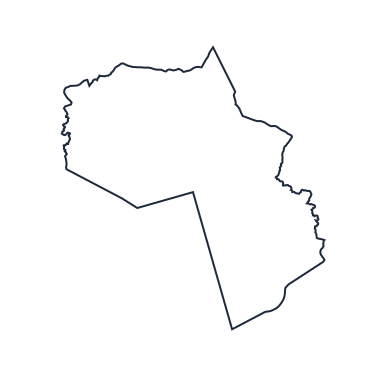 outline of Evinayong, Centro Sur, Equatorial Guinea, rotated 254°
{"feature_id": "11065452B18175278434840", "entity_name": "Evinayong", "entity_type": "district", "adm_level": 2, "iso_a3": "GNQ", "parent_name": "Equatorial Guinea", "parent_adm1": "Centro Sur", "projection": "robinson", "projection_center": [10.451, 1.358], "detail": "fine", "context": "isolated", "style": "outline", "palette": "slate", "viewbox_px": 384, "rotation_deg": 254, "n_neighbors": 0, "source": "geoboundaries", "source_scale": "gbopen_adm2", "svg_char_len": 6026}
<svg xmlns="http://www.w3.org/2000/svg" viewBox="0 0 384 384"><g transform="rotate(254 192 192)"><path d="M248.5,77.6L205.2,122.9L191.7,135.0L191.6,192.9L49.0,192.7L56.6,229.2L55.9,234.6L56.2,237.0L56.8,240.2L57.7,242.9L58.9,244.9L61.4,248.1L63.6,250.3L66.2,252.1L68.8,253.3L71.6,254.3L74.1,255.3L76.6,259.4L88.1,296.9L88.6,298.8L90.2,300.6L92.3,300.1L93.6,299.5L96.8,298.5L99.1,298.8L101.1,300.0L102.3,302.1L103.8,303.6L105.9,303.8L109.3,305.5L109.4,305.8L110.4,304.5L112.5,300.4L113.2,299.4L113.4,299.3L113.9,299.3L116.5,299.8L117.2,299.8L118.0,299.8L119.1,299.4L119.4,299.5L120.2,300.0L121.0,300.3L121.8,300.3L122.1,300.2L122.6,300.0L123.1,300.0L123.8,300.4L125.0,300.8L125.1,301.0L124.8,301.7L124.8,302.2L125.0,302.6L125.4,303.1L125.8,303.3L125.8,303.7L125.9,304.0L126.3,304.4L126.7,304.6L127.1,304.6L127.5,304.5L128.5,304.0L129.4,303.5L130.6,303.2L130.2,303.9L130.1,304.2L130.1,304.5L130.2,304.9L130.4,305.5L130.6,305.7L131.0,305.9L131.6,306.1L132.0,306.0L132.3,305.9L132.6,305.6L133.0,305.8L133.8,306.1L134.2,306.1L134.4,306.0L134.8,305.8L135.0,305.5L135.1,305.2L135.2,304.8L135.1,303.9L135.0,303.0L135.6,303.0L135.9,302.9L136.3,302.5L136.4,302.2L136.4,301.9L136.8,302.1L137.2,302.2L137.8,302.1L138.6,301.7L139.3,302.1L139.7,302.2L140.5,302.3L141.1,302.3L142.0,302.0L142.2,302.9L142.4,303.2L143.3,304.1L143.1,304.7L143.1,305.2L143.3,305.6L143.8,306.1L144.1,306.3L144.6,306.4L145.0,306.3L145.6,305.9L145.8,305.6L146.4,304.7L147.3,303.6L147.5,303.3L147.6,302.9L147.6,302.6L147.5,302.2L148.6,300.9L148.9,300.6L149.3,299.7L149.4,299.4L149.7,299.8L150.4,300.7L150.8,301.0L151.1,301.3L151.1,301.8L151.4,302.3L151.7,302.4L152.2,302.5L152.6,302.6L153.1,302.7L154.0,303.7L155.7,305.4L156.6,306.0L157.1,306.2L157.4,306.2L158.1,306.0L159.8,305.8L160.2,305.6L160.6,305.2L160.9,304.5L161.0,304.0L161.2,303.2L161.8,302.2L162.2,301.8L162.5,301.3L162.6,300.9L162.5,300.4L162.5,300.1L162.2,299.7L161.9,299.5L162.4,299.7L162.8,299.7L163.1,299.5L163.4,299.2L163.6,298.9L163.8,298.5L163.7,298.1L163.6,297.8L163.3,297.5L161.8,296.5L161.8,295.8L161.5,295.3L161.1,294.7L160.8,294.4L161.3,293.4L162.2,291.6L162.5,291.2L163.6,290.5L163.9,290.2L164.2,289.7L164.3,289.2L164.3,288.4L165.0,288.6L165.7,288.5L166.1,288.3L166.6,287.6L167.2,288.2L168.0,288.6L169.1,288.5L169.6,288.4L170.1,288.2L170.3,288.1L170.5,287.8L171.2,286.8L171.7,286.5L172.0,286.3L172.2,286.0L172.4,285.7L172.5,285.2L172.3,284.7L172.5,284.4L172.7,283.7L172.8,282.8L172.8,281.9L172.9,281.7L173.1,281.4L173.4,281.6L173.7,281.7L174.0,281.7L174.5,281.5L174.8,281.8L175.0,281.9L175.6,282.1L176.1,282.1L176.8,281.9L177.1,281.7L177.5,281.2L177.6,280.9L177.9,280.0L178.0,279.6L178.4,279.4L178.8,279.3L179.2,279.2L179.5,279.0L180.1,278.8L180.4,278.6L180.8,278.1L180.8,277.7L180.8,277.3L181.7,277.3L182.1,277.2L182.5,276.9L182.8,276.5L183.2,276.6L183.6,277.9L184.2,279.2L184.4,279.5L185.8,280.6L186.7,281.1L187.4,281.7L187.8,281.8L188.3,281.9L188.5,282.4L188.8,282.7L189.4,283.0L189.7,283.0L190.9,283.0L191.5,283.2L191.7,283.8L191.9,284.2L192.7,285.0L193.1,285.1L194.3,285.0L194.5,285.2L194.9,286.5L195.2,286.8L196.4,287.4L197.4,287.6L198.2,287.7L199.3,288.3L201.4,288.8L203.0,289.0L204.6,289.8L205.4,290.5L206.0,291.2L206.4,291.4L207.2,291.7L208.3,292.3L209.3,292.9L210.2,293.7L210.5,294.2L210.5,294.7L210.7,295.1L212.3,297.1L213.0,298.3L214.4,300.0L217.0,303.0L217.7,303.4L218.1,303.4L219.5,302.6L220.3,301.7L221.0,300.9L221.8,300.0L223.6,298.9L224.3,298.3L227.0,295.1L228.1,294.1L230.8,292.0L231.9,291.0L232.4,290.3L232.5,290.0L233.1,287.8L233.3,286.8L233.6,285.9L234.3,285.1L236.6,282.8L237.9,281.8L238.8,281.0L240.3,279.0L241.4,277.2L242.1,274.3L244.0,271.3L245.8,268.9L251.1,261.7L252.9,261.3L259.3,260.5L263.3,258.8L264.0,258.0L266.2,258.8L270.5,258.8L273.5,258.8L276.6,261.2L325.3,252.1L322.8,249.1L320.9,247.0L317.9,244.9L314.9,241.3L309.2,235.6L310.7,232.0L311.0,229.9L311.0,229.7L310.7,227.4L310.0,225.6L309.6,223.8L309.4,222.3L309.8,220.9L309.8,220.5L309.6,219.2L309.6,218.5L309.8,217.0L310.1,216.6L311.4,215.9L312.6,214.8L314.0,213.1L314.1,212.9L313.8,210.6L313.9,207.8L314.7,206.4L315.4,205.4L316.1,203.5L316.0,202.0L315.4,201.1L315.1,200.4L315.2,199.7L315.9,198.6L318.0,196.2L318.6,194.3L319.2,192.1L320.6,189.3L322.4,186.8L323.8,183.9L324.4,181.4L325.0,179.7L326.1,176.9L326.4,175.7L327.0,173.8L327.7,171.9L328.2,170.2L329.0,168.6L330.3,166.7L331.0,165.3L333.0,163.0L334.4,161.5L335.0,159.6L334.4,158.0L333.7,156.2L333.4,154.6L332.9,153.0L332.0,151.7L330.6,150.3L329.5,148.8L329.2,147.7L328.6,147.0L327.8,146.5L327.3,144.5L326.9,143.7L327.3,142.3L327.3,140.0L328.5,136.7L329.4,135.0L328.4,134.6L328.0,133.9L327.4,132.9L327.2,132.7L326.6,132.2L325.8,131.8L325.6,131.7L326.1,131.2L326.6,130.7L326.9,130.1L327.0,129.7L326.9,128.8L326.8,128.4L326.1,127.3L325.8,127.0L325.1,126.7L324.8,126.4L324.5,125.5L324.1,124.8L323.9,124.5L323.2,123.8L322.3,122.6L328.7,122.3L328.7,118.7L327.8,116.7L326.5,114.1L326.0,111.6L326.3,109.4L327.1,106.0L327.5,104.6L327.1,101.6L326.9,99.3L325.3,97.5L322.8,96.5L320.6,96.9L317.5,97.8L315.4,98.8L313.1,100.2L311.2,100.9L309.5,99.8L309.2,93.5L308.8,93.2L308.1,92.4L307.7,91.9L306.0,92.7L305.1,92.6L304.2,93.2L303.3,93.4L301.0,93.7L300.2,92.6L299.7,91.7L298.8,91.5L298.1,93.3L296.9,93.7L296.3,92.8L295.0,92.4L294.4,92.4L293.7,91.5L293.3,91.0L292.8,90.3L292.6,89.0L292.5,87.5L292.1,86.5L290.9,86.8L290.3,87.1L290.0,87.7L289.4,87.9L288.9,87.5L288.4,86.5L288.0,86.1L287.6,85.8L287.0,86.0L286.4,86.0L285.9,84.8L285.7,83.9L284.5,83.6L284.0,83.0L283.4,83.5L282.5,84.1L281.8,85.3L281.8,86.0L282.1,86.7L282.7,87.5L283.2,88.3L283.3,89.0L283.0,89.7L282.3,90.6L281.6,90.8L281.0,89.9L281.0,89.3L280.2,88.9L279.5,89.3L276.7,89.4L274.9,88.0L274.1,87.2L273.2,86.6L272.3,86.1L272.4,85.8L272.9,85.7L273.2,85.0L272.5,84.0L271.8,83.3L272.0,82.5L272.3,82.0L272.2,81.5L270.9,81.4L270.3,81.5L270.1,81.3L268.8,80.7L267.9,81.3L267.4,81.8L266.7,81.6L266.4,80.9L266.1,80.8L265.2,81.7L264.3,81.7L263.2,82.1L262.4,81.5L261.9,80.3L261.1,79.8L258.6,79.9L257.2,79.8L254.9,79.4L253.9,79.2L252.3,78.7L250.4,77.7L248.5,77.6Z" fill="none" stroke="#1e293b" stroke-width="2"/></g></svg>